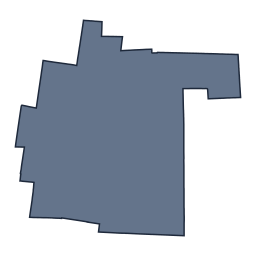 Dragalina, Calarasi, Romania
{"feature_id": "2599482B45268650673873", "entity_name": "Dragalina", "entity_type": "district", "adm_level": 2, "iso_a3": "ROU", "parent_name": "Romania", "parent_adm1": "Calarasi", "projection": "mercator", "projection_center": [27.403, 44.443], "detail": "fine", "context": "isolated", "style": "filled", "palette": "slate", "viewbox_px": 256, "rotation_deg": 0, "n_neighbors": 0, "source": "geoboundaries", "source_scale": "gbopen_adm2", "svg_char_len": 4281}
<svg xmlns="http://www.w3.org/2000/svg" viewBox="0 0 256 256"><path d="M184.1,235.7L184.1,233.6L184.1,230.6L184.1,228.5L184.1,225.8L184.1,225.4L184.1,223.1L184.2,220.2L184.2,219.7L184.2,219.3L184.2,218.0L184.2,216.9L184.1,213.9L184.1,212.8L184.1,211.6L184.1,209.8L184.1,209.0L184.0,207.2L184.0,205.8L184.0,205.2L184.0,203.0L184.0,201.0L184.0,198.2L184.0,195.8L184.0,194.8L184.0,192.9L184.0,190.1L184.0,188.7L183.9,187.4L183.9,186.1L183.9,184.2L183.9,180.6L183.9,178.0L183.9,174.9L183.9,170.3L183.9,168.2L183.9,167.1L183.9,166.1L183.9,165.7L183.8,160.4L183.8,159.5L183.9,158.8L183.9,158.3L183.9,157.4L183.8,152.3L183.8,150.3L183.8,146.7L183.8,142.2L183.8,136.3L183.8,128.9L183.8,126.7L183.8,124.6L183.7,119.8L183.7,118.0L183.6,116.5L183.6,114.5L183.5,112.0L183.5,110.7L183.4,109.4L183.3,105.4L183.2,100.9L183.1,95.6L183.0,91.8L183.0,88.6L183.9,88.6L185.4,88.6L186.6,88.6L188.4,88.6L190.5,88.5L192.2,88.5L193.4,88.5L194.5,88.5L195.5,88.5L196.9,88.5L198.1,88.5L199.4,88.5L201.3,88.5L202.7,88.6L204.0,88.6L204.9,88.6L205.7,88.5L206.5,88.6L206.9,88.6L207.1,88.6L207.3,88.7L207.4,88.9L207.5,89.0L207.6,89.4L207.8,92.0L208.2,98.8L208.4,98.8L210.8,98.7L215.3,98.5L217.9,98.4L219.3,98.3L220.0,98.3L220.7,98.3L221.5,98.2L222.1,98.2L223.2,98.2L224.5,98.1L226.3,98.0L228.1,97.9L229.7,97.9L231.0,97.8L232.0,97.8L233.1,97.7L234.0,97.7L234.7,97.7L235.6,97.7L236.8,97.6L238.1,97.6L239.2,97.5L240.1,97.5L240.6,97.5L240.6,97.4L240.5,95.8L240.1,89.7L240.0,87.7L239.9,87.0L239.8,84.9L239.7,83.4L239.5,80.0L239.5,79.5L239.5,79.4L239.4,78.5L239.4,77.3L239.3,76.4L239.3,76.0L239.3,75.4L239.2,75.0L239.2,74.9L239.2,74.7L239.2,74.3L239.1,73.6L239.1,73.1L239.1,72.8L239.0,71.2L238.9,69.9L238.9,69.1L238.9,68.5L238.8,68.2L238.7,66.6L238.7,65.5L238.5,62.4L238.4,60.7L238.3,59.6L238.2,56.8L238.0,54.5L237.9,54.5L236.1,54.5L231.9,54.3L225.9,54.2L222.0,54.0L221.9,54.0L220.4,54.0L219.9,54.0L217.9,53.9L211.4,53.7L211.1,53.7L209.4,53.7L207.2,53.6L204.7,53.6L204.2,53.5L202.7,53.5L201.0,53.4L199.4,53.4L196.6,53.3L191.1,53.2L179.7,52.9L178.2,52.9L175.8,52.8L174.3,52.8L170.3,52.7L166.9,52.6L165.4,52.6L163.4,52.5L161.3,52.5L160.2,52.5L158.5,52.4L157.4,52.4L157.2,52.6L157.1,52.9L152.3,53.0L152.1,53.0L151.9,52.8L151.8,52.7L151.8,51.4L151.8,50.4L151.7,49.2L149.1,49.3L145.8,49.4L142.5,49.6L138.2,49.8L133.6,50.0L130.7,50.2L126.1,50.4L120.8,50.7L121.8,42.1L122.5,36.7L117.9,36.6L113.2,36.5L111.6,36.5L106.8,36.4L104.9,36.4L103.4,36.4L102.3,36.4L101.5,36.4L101.7,31.9L101.8,29.5L102.0,21.7L100.6,21.6L96.3,21.3L95.6,21.3L92.9,21.0L91.7,20.9L90.6,20.9L88.9,20.7L87.2,20.6L85.3,20.5L83.5,20.3L83.3,21.9L83.1,23.3L82.9,24.4L82.8,25.7L82.5,27.3L82.3,28.8L82.2,29.5L82.1,30.2L82.0,30.9L81.9,31.5L81.6,33.3L81.4,35.0L81.3,35.8L81.1,36.5L80.9,37.9L80.8,38.9L80.6,39.9L80.2,42.7L80.0,44.0L79.8,45.4L79.4,47.6L79.2,49.0L79.1,49.8L79.0,50.3L78.9,51.2L78.7,52.1L78.5,53.8L78.2,55.6L77.9,57.3L77.6,59.1L77.2,62.3L76.7,65.5L73.1,64.8L70.4,64.4L67.8,64.1L65.3,63.7L62.1,63.3L61.6,63.2L61.0,63.1L60.9,63.1L54.2,62.2L52.3,61.9L50.2,61.6L48.1,61.3L47.5,61.2L46.9,61.1L44.7,60.7L43.3,60.5L43.1,60.5L43.0,61.5L42.8,62.5L42.7,63.2L42.6,64.3L42.2,67.5L41.5,72.1L41.1,75.1L39.1,88.6L36.4,107.3L36.3,108.0L35.4,107.9L29.1,106.7L26.5,106.1L21.9,105.2L21.4,105.8L21.2,106.6L20.0,114.6L18.2,126.8L16.4,139.3L15.6,145.0L15.4,146.9L24.4,147.1L23.0,156.4L21.6,165.6L21.5,166.3L21.4,167.1L21.2,169.2L20.9,170.6L20.6,172.3L20.4,173.4L20.4,173.5L20.5,173.5L20.6,173.8L20.7,174.0L20.8,174.0L20.8,174.5L20.6,175.4L20.5,176.5L20.3,178.4L20.0,181.0L20.8,181.0L21.5,181.1L22.9,181.3L24.3,181.4L26.4,181.6L27.5,181.7L29.4,181.9L32.0,182.1L34.0,182.4L33.8,183.9L33.7,185.3L33.5,188.1L33.3,189.4L33.2,191.5L32.9,193.6L32.7,195.2L32.4,197.2L32.2,199.1L32.0,200.9L31.6,203.4L31.5,204.3L30.6,210.2L30.0,214.4L29.6,217.3L33.7,217.5L39.9,217.6L40.3,217.6L43.0,217.7L43.5,217.7L45.0,217.7L45.6,217.7L46.1,217.7L52.6,217.9L53.1,218.0L55.5,218.1L57.7,218.2L58.3,218.2L58.7,218.2L61.6,218.4L61.7,217.9L79.5,220.6L87.1,221.8L87.6,221.9L87.5,222.1L91.5,222.7L99.3,223.9L99.5,223.9L98.5,232.0L108.3,232.5L116.0,232.9L117.0,233.0L117.6,233.0L119.7,233.1L122.9,233.2L124.3,233.2L124.8,233.2L125.7,233.3L127.1,233.3L139.4,233.9L150.0,234.3L150.9,234.4L151.7,234.4L152.5,234.4L167.2,235.0L181.6,235.6L184.1,235.7Z" fill="#64748b" stroke="#1e293b" stroke-width="1.5"/></svg>